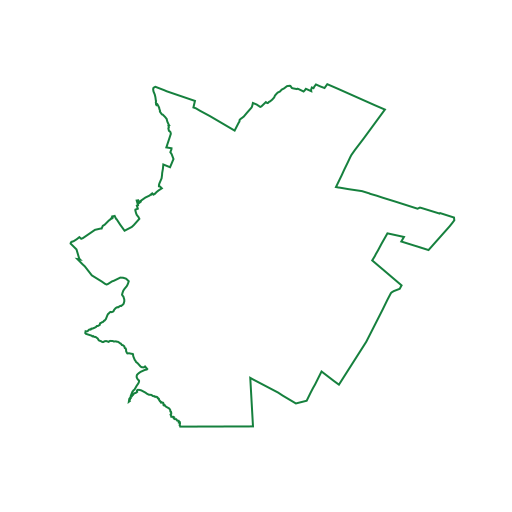 outline of Villa Hidalgo, Zacatecas, Mexico, rotated 195°
{"feature_id": "50627088B19487455211640", "entity_name": "Villa Hidalgo", "entity_type": "district", "adm_level": 2, "iso_a3": "MEX", "parent_name": "Mexico", "parent_adm1": "Zacatecas", "projection": "robinson", "projection_center": [-101.681, 22.407], "detail": "fine", "context": "isolated", "style": "outline", "palette": "green", "viewbox_px": 512, "rotation_deg": 195, "n_neighbors": 0, "source": "geoboundaries", "source_scale": "gbopen_adm2", "svg_char_len": 6006}
<svg xmlns="http://www.w3.org/2000/svg" viewBox="0 0 512 512"><g transform="rotate(195 256 256)"><path d="M142.6,153.2L127.3,201.7L119.8,237.1L117.7,247.9L116.1,255.0L115.6,255.9L113.9,257.7L108.7,261.5L107.8,265.3L142.6,281.8L141.1,286.9L140.8,288.6L139.6,293.0L137.9,300.4L134.9,311.9L118.0,312.7L119.4,307.6L90.9,306.4L76.6,334.9L74.9,338.8L73.7,341.8L74.7,344.4L89.3,345.1L89.7,344.5L108.4,345.2L110.2,345.2L112.2,343.5L135.2,344.6L148.6,345.1L155.1,345.5L162.1,345.6L162.5,345.8L170.4,346.1L184.1,344.5L192.9,343.7L193.9,343.5L196.6,343.3L194.1,356.3L193.1,362.3L191.6,370.0L190.5,376.1L190.0,378.3L187.9,384.0L182.4,397.4L169.4,430.8L180.3,432.4L220.1,438.7L231.6,440.4L233.3,436.0L237.6,436.4L242.5,437.2L243.5,434.7L243.9,433.0L245.7,433.2L245.8,430.7L245.3,429.5L251.1,430.4L251.8,428.6L252.6,427.2L258.3,428.3L259.3,428.3L259.7,427.8L263.9,427.5L264.9,427.6L266.8,429.2L267.7,429.1L268.0,428.8L269.0,428.6L270.1,428.0L272.3,425.1L274.2,423.4L275.5,421.0L277.2,419.6L277.9,418.5L279.2,415.9L279.5,413.8L280.9,411.1L282.5,408.9L283.3,408.3L284.0,407.0L284.4,406.7L285.1,406.7L286.3,407.2L289.5,401.9L290.5,401.1L294.6,402.5L298.6,403.0L298.5,400.4L298.6,398.8L298.8,398.1L302.0,391.6L304.0,387.3L304.5,386.8L304.8,386.3L306.2,384.6L307.0,383.3L307.0,382.8L306.8,381.6L307.3,380.0L309.1,371.6L336.7,379.2L347.7,381.8L352.3,383.1L354.9,383.3L355.1,390.0L385.0,392.0L387.5,392.4L397.0,393.4L398.0,392.5L398.6,391.7L398.5,390.4L397.6,388.4L395.6,385.8L394.3,383.4L393.0,380.3L392.7,380.0L392.5,378.3L392.1,377.7L391.8,376.6L391.3,376.1L390.7,377.1L390.4,376.9L388.0,374.3L387.5,373.2L386.2,371.3L386.2,370.6L383.9,368.7L383.4,368.4L382.6,368.4L379.7,366.7L377.6,365.1L377.4,364.5L376.3,362.7L374.1,360.0L373.7,359.7L374.3,359.2L373.5,357.9L373.7,357.1L373.5,356.6L373.6,356.4L372.5,354.4L371.6,354.1L370.9,353.7L370.1,352.5L369.9,351.8L370.3,344.4L370.7,337.7L365.5,338.2L365.3,337.2L365.6,334.1L363.8,332.5L360.8,328.3L362.0,319.5L369.2,320.4L368.5,316.2L368.1,311.8L367.7,309.8L367.3,306.6L368.1,301.0L368.1,299.5L367.9,298.6L367.8,298.2L366.8,298.3L364.5,297.0L367.0,294.2L368.7,291.9L369.6,290.1L369.8,290.1L370.8,288.8L372.0,289.4L372.4,288.8L372.7,289.3L374.5,286.8L378.0,283.8L381.9,279.1L381.4,278.6L382.7,276.8L384.2,279.3L385.6,278.7L383.1,274.5L384.1,273.8L382.4,271.1L384.5,269.6L384.3,268.7L383.1,266.6L381.9,264.9L379.6,263.2L378.3,261.7L382.0,254.3L383.5,251.9L389.5,246.4L395.3,251.1L400.2,255.5L400.7,255.6L402.9,258.1L403.9,257.3L404.3,257.5L405.1,257.0L404.7,256.6L404.4,255.4L405.4,254.5L405.6,254.9L406.7,252.8L407.2,252.4L410.3,247.0L411.8,245.5L412.2,242.6L413.0,242.4L418.3,239.6L427.9,228.4L429.3,227.4L431.5,228.5L433.5,225.8L434.7,224.5L435.9,223.2L436.7,222.6L437.3,222.4L437.4,222.1L438.3,221.3L438.3,220.0L431.1,215.9L426.7,208.7L425.8,207.5L425.1,207.1L427.7,206.8L421.4,203.1L418.7,201.7L409.6,194.8L398.3,191.4L394.5,190.0L392.9,189.8L391.8,190.6L388.4,194.3L387.0,195.2L381.5,200.0L378.8,200.6L375.9,200.5L375.3,200.3L372.4,198.7L372.5,196.3L372.8,194.4L373.1,193.3L374.5,190.3L375.2,188.3L375.4,186.0L375.4,184.0L374.8,183.3L373.6,182.5L372.0,179.9L371.5,178.3L371.5,176.2L371.5,175.6L372.0,174.6L373.3,172.8L374.0,172.8L375.0,171.9L375.6,170.9L376.3,170.6L376.7,170.7L377.5,170.0L378.1,169.3L379.1,167.3L379.2,166.3L379.5,165.5L380.9,164.4L382.1,164.3L382.8,163.5L383.3,162.4L383.8,161.9L384.2,160.5L384.7,156.2L385.6,154.3L386.1,154.1L386.4,153.3L386.9,152.5L387.7,152.1L388.2,151.4L389.0,150.9L389.2,150.5L389.1,149.0L390.6,147.5L391.7,147.1L392.1,146.1L393.7,144.6L394.5,144.2L394.8,143.7L395.4,143.4L396.2,143.3L396.4,143.1L396.4,142.5L396.6,142.2L397.0,142.0L397.6,142.0L398.3,141.5L399.1,140.0L399.5,139.6L400.2,139.4L400.8,138.9L401.1,139.0L401.0,137.4L400.1,136.8L394.2,136.5L393.2,136.0L392.6,136.5L391.3,136.0L390.0,136.3L387.5,135.3L386.1,133.9L385.3,133.7L383.7,133.6L382.4,133.2L381.7,133.2L381.0,133.5L380.5,134.2L379.7,134.7L378.4,135.1L376.1,134.9L375.7,135.6L375.0,136.2L372.3,136.8L371.2,136.6L369.2,137.3L368.2,137.2L367.2,137.4L366.1,137.1L364.8,136.5L363.9,136.4L362.5,135.3L361.6,135.4L359.9,134.7L358.9,133.1L358.0,133.0L357.2,131.8L356.9,130.6L355.8,129.2L355.0,128.6L353.4,129.2L349.9,129.4L349.7,129.5L349.4,129.3L349.2,128.9L349.0,128.2L348.4,127.1L346.2,124.2L345.3,123.6L344.6,122.7L342.4,121.7L338.8,119.3L337.6,119.0L335.5,119.4L334.6,120.6L331.8,118.7L332.1,118.1L334.0,117.1L337.5,114.2L338.9,112.5L339.7,111.3L340.2,110.3L340.2,109.1L340.0,108.4L339.7,107.7L338.7,106.6L337.8,105.9L337.0,105.6L336.7,105.3L336.5,104.6L336.5,103.8L336.7,102.5L337.7,99.7L338.8,95.5L339.6,94.5L339.8,93.8L340.2,93.1L340.8,88.3L340.6,87.3L340.8,86.7L341.4,85.4L341.4,85.0L341.1,82.3L340.4,83.2L340.8,83.5L340.9,83.9L340.8,84.3L340.9,84.6L340.6,85.0L340.7,85.5L340.2,86.2L340.5,86.7L340.2,87.5L340.4,87.8L340.0,88.3L339.6,88.4L339.5,89.3L339.0,89.7L339.1,90.3L338.6,90.7L338.1,91.9L336.9,92.5L336.0,93.4L335.6,94.0L336.1,94.7L336.1,95.4L335.6,96.1L334.0,96.5L332.0,96.5L327.3,95.4L325.9,94.8L323.7,94.3L321.4,94.7L320.6,94.6L319.7,94.1L318.4,94.1L318.0,94.3L317.5,94.2L317.3,93.9L316.8,93.9L316.6,93.9L316.2,94.2L315.3,94.2L314.8,94.1L314.3,93.4L314.2,93.3L314.0,93.5L313.4,93.1L312.9,93.0L312.5,92.0L311.4,91.3L311.3,90.9L310.5,90.7L310.4,90.4L310.1,90.0L309.9,90.2L309.8,90.5L309.4,90.4L309.2,90.0L309.0,89.9L308.2,90.2L307.7,90.2L307.2,89.5L307.0,88.6L306.7,88.0L306.4,87.9L306.0,88.4L305.9,88.5L305.6,88.4L305.0,87.7L303.7,87.1L300.5,86.3L299.8,85.8L298.9,84.9L298.6,83.9L298.3,83.5L297.8,83.5L297.4,82.8L297.0,81.6L297.1,81.3L297.4,81.1L297.5,80.6L297.0,80.2L296.4,79.2L296.3,78.8L295.9,78.8L294.7,79.2L294.1,79.3L293.6,79.1L293.8,78.9L293.9,78.4L293.4,77.9L292.9,77.6L292.0,77.4L291.1,77.7L290.9,77.7L290.5,77.5L289.5,76.6L288.1,76.8L287.5,75.2L287.3,75.3L287.1,75.8L286.9,76.0L286.6,75.9L286.0,74.4L286.0,72.8L285.3,72.2L285.0,71.6L214.8,90.6L230.0,136.8L226.9,136.0L199.3,129.8L194.2,128.1L179.3,123.9L169.6,129.3L167.8,138.5L166.7,143.4L165.7,147.2L162.8,161.4L148.3,155.4L142.6,153.2Z" fill="none" stroke="#15803d" stroke-width="2"/></g></svg>